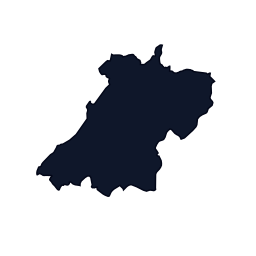 the Region of Žilinský, rotated 133°
{"feature_id": "SVK-1053", "entity_name": "Žilinský", "entity_type": "Region", "adm_level": 1, "iso_a3": "SVK", "parent_name": "Slovakia", "parent_adm1": "", "projection": "natural_earth1", "projection_center": [19.144, 49.173], "detail": "fine", "context": "isolated", "style": "filled", "palette": "ink", "viewbox_px": 256, "rotation_deg": 133, "n_neighbors": 0, "source": "natural_earth", "source_scale": "10m", "svg_char_len": 4712}
<svg xmlns="http://www.w3.org/2000/svg" viewBox="0 0 256 256"><g transform="rotate(133 128 128)"><path d="M154.5,65.9L155.2,66.1L156.1,66.4L158.0,69.2L158.9,70.0L161.5,71.4L162.9,74.3L165.0,81.6L166.8,86.2L167.4,87.3L169.4,88.5L171.7,89.0L176.3,89.1L175.7,90.0L175.6,90.8L175.6,93.0L175.4,94.8L181.9,96.6L184.4,96.9L186.7,96.7L190.5,95.4L191.5,96.0L192.6,98.8L193.2,101.2L193.9,108.2L193.7,108.8L192.8,109.9L192.8,110.5L192.7,110.5L193.1,111.0L194.7,111.9L194.7,112.0L194.9,112.3L195.8,113.1L196.0,113.8L195.8,114.6L195.1,114.9L194.4,115.1L193.9,115.4L189.6,121.3L189.2,123.2L190.6,124.9L193.5,125.7L198.7,126.1L201.2,125.3L202.8,123.9L203.0,124.4L205.4,127.8L205.9,128.9L206.4,130.3L206.4,132.1L206.6,133.0L207.1,133.8L207.5,134.0L207.8,133.9L208.0,133.6L208.4,133.3L208.8,133.1L209.7,133.0L210.4,133.1L211.1,133.6L211.6,134.4L212.3,135.8L212.8,136.4L213.1,136.5L213.4,136.2L213.7,136.1L214.0,136.3L214.4,136.8L214.7,137.2L215.1,137.4L215.6,137.4L217.8,137.1L219.3,136.5L219.9,136.3L220.5,136.3L220.8,136.9L220.9,138.0L220.2,142.3L220.2,143.9L220.1,145.1L219.5,147.2L219.4,149.0L219.2,149.9L218.8,150.3L218.1,150.4L216.8,150.8L216.2,150.9L215.4,150.8L215.0,150.9L214.9,151.2L215.0,151.8L218.9,156.1L219.6,156.7L220.1,157.3L220.5,157.9L220.7,159.2L221.1,160.6L221.4,161.2L221.6,161.6L222.0,161.9L222.6,162.1L223.8,162.3L224.1,162.6L223.8,163.2L222.6,164.3L221.4,165.1L217.5,166.6L216.0,165.6L215.5,165.6L214.9,165.6L212.9,166.4L211.6,166.5L211.3,166.6L200.4,166.4L197.2,165.6L196.1,165.6L190.9,166.9L189.6,167.5L189.2,167.5L188.7,167.4L188.1,166.9L187.8,166.6L187.5,166.3L187.1,166.1L185.9,165.9L185.5,165.7L184.9,165.1L184.0,164.5L176.7,162.3L168.1,161.4L149.0,164.1L145.2,168.0L142.8,169.2L141.6,170.6L141.4,171.1L141.3,172.0L141.2,172.3L141.0,172.6L140.8,172.8L140.2,173.2L139.6,173.3L134.9,174.0L134.6,173.9L134.4,173.8L134.6,173.2L134.9,173.0L135.3,172.9L135.5,172.5L135.4,172.0L135.2,170.8L135.0,170.3L134.7,170.0L134.4,169.8L134.2,169.6L134.0,169.1L133.8,168.9L132.9,168.9L114.1,171.2L108.7,170.9L107.4,173.5L107.1,173.8L106.5,174.3L104.7,175.1L104.4,175.4L104.4,175.9L105.0,177.7L105.1,178.6L105.0,179.2L104.6,179.7L104.3,180.1L104.1,180.5L104.2,181.2L104.9,182.2L106.4,183.3L106.6,183.5L106.6,184.0L106.6,184.7L106.2,186.4L105.9,187.3L104.4,189.7L94.7,189.2L92.8,188.9L92.7,188.7L92.5,188.3L92.2,188.1L92.1,187.9L91.9,187.7L91.9,187.4L91.7,187.1L91.5,186.9L90.1,187.2L85.3,190.1L85.0,188.7L84.6,188.3L80.7,184.2L80.0,183.2L79.6,182.5L79.2,181.4L79.2,181.0L79.3,180.6L79.5,180.3L79.5,180.2L79.2,180.0L78.5,179.6L76.7,178.2L76.2,178.1L75.9,178.0L75.5,177.7L75.2,177.6L74.7,177.5L74.4,177.4L74.1,177.2L71.6,175.2L71.1,174.7L70.8,174.2L70.8,173.4L71.0,172.5L71.0,172.1L71.0,171.8L70.8,171.1L70.8,170.7L70.9,170.3L71.2,169.4L71.3,168.9L71.2,168.1L70.6,165.9L70.5,165.4L70.7,165.0L71.0,164.6L71.2,164.3L71.3,164.0L71.3,163.8L71.4,163.6L71.6,163.5L71.8,163.3L72.0,163.2L72.3,162.9L72.6,162.6L73.1,162.2L70.9,159.7L70.4,159.4L69.8,159.1L67.6,158.9L62.9,157.9L59.2,158.8L58.1,158.8L57.9,158.5L57.2,157.4L56.9,157.1L56.6,157.1L55.2,158.5L54.9,159.0L54.5,159.7L53.7,160.3L50.7,161.8L49.8,162.0L49.4,161.9L47.8,161.5L45.7,161.1L44.8,160.5L44.1,159.4L47.5,157.7L47.9,157.4L48.6,156.8L49.7,155.2L50.3,154.7L51.0,154.3L54.5,153.5L55.5,152.8L56.8,151.5L58.3,149.7L58.9,148.7L59.2,147.9L58.8,146.0L58.8,145.7L59.0,145.4L59.1,145.0L59.2,144.7L59.1,144.3L59.1,144.1L59.1,143.9L59.3,143.3L59.3,143.0L59.3,142.8L59.2,142.6L59.0,142.4L58.8,142.3L58.3,142.1L58.2,142.0L58.0,141.8L57.7,141.1L57.6,140.9L57.3,140.7L57.0,140.5L56.8,140.3L55.2,139.9L54.7,139.9L54.4,139.6L54.8,139.1L57.9,136.4L56.5,134.6L56.4,134.3L56.3,133.7L56.4,133.1L56.3,132.1L56.0,131.4L55.1,130.3L54.5,129.8L52.4,128.7L51.7,128.6L51.3,128.4L50.8,128.2L49.4,127.1L49.1,126.9L48.8,126.8L48.4,126.8L48.2,126.8L45.5,125.3L44.9,124.7L44.3,124.0L42.8,121.9L42.7,121.5L42.7,121.4L42.6,121.1L42.5,120.8L42.0,119.9L41.9,119.7L42.1,119.1L42.1,118.9L42.0,118.5L41.7,118.0L34.7,108.3L34.6,108.1L34.5,107.8L34.5,107.5L34.5,106.4L32.4,105.8L31.9,105.2L34.6,103.4L34.8,98.3L34.9,96.5L38.2,97.2L40.8,95.8L45.6,90.9L49.3,89.2L50.3,88.4L50.8,87.1L51.1,84.4L51.7,83.2L54.1,82.0L59.1,82.6L62.3,81.2L63.1,81.1L63.9,81.2L67.6,82.8L70.8,83.6L74.0,83.4L78.7,79.9L80.8,79.2L85.4,79.1L96.7,80.0L99.9,81.6L98.9,84.1L99.0,86.1L99.6,88.1L99.9,90.2L99.4,95.0L100.0,96.6L102.3,97.0L105.1,96.8L109.5,94.7L112.0,94.2L113.0,94.5L115.3,95.8L116.4,96.3L117.5,96.4L120.4,95.9L123.9,94.7L124.7,93.6L125.0,91.8L125.8,89.0L126.1,88.9L127.5,88.9L128.0,88.6L128.3,87.6L128.1,86.9L127.7,86.5L127.5,86.3L129.3,81.6L130.9,79.6L132.5,78.2L134.4,77.5L136.5,77.1L140.0,77.1L141.2,77.0L142.8,76.4L143.6,75.8L153.5,66.8L153.9,66.1L154.5,65.9Z" fill="#0f172a" stroke="#020617" stroke-width="1.5"/></g></svg>